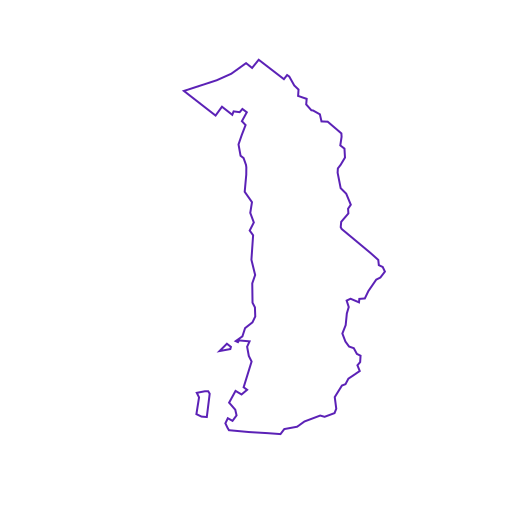 outline of Lafourche, Louisiana, United States of America, rotated 39°
{"feature_id": "52423323B36093874947415", "entity_name": "Lafourche", "entity_type": "district", "adm_level": 2, "iso_a3": "USA", "parent_name": "United States of America", "parent_adm1": "Louisiana", "projection": "robinson", "projection_center": [-90.415, 29.493], "detail": "fine", "context": "isolated", "style": "outline", "palette": "violet", "viewbox_px": 512, "rotation_deg": 39, "n_neighbors": 0, "source": "geoboundaries", "source_scale": "gbopen_adm2", "svg_char_len": 1842}
<svg xmlns="http://www.w3.org/2000/svg" viewBox="0 0 512 512"><g transform="rotate(39 256 256)"><path d="M134.6,101.8L134.6,112.3L126.9,112.4L122.1,129.9L114.9,144.1L96.1,173.1L136.2,172.3L135.6,161.4L148.7,161.2L147.6,157.7L152.8,154.5L152.9,150.3L158.4,150.1L160.2,160.1L165.5,160.8L168.8,171.0L172.2,180.3L180.9,187.8L184.7,187.7L190.9,191.5L192.7,193.2L197.3,199.0L206.8,213.2L219.0,216.7L224.4,226.1L233.2,231.3L235.1,240.2L240.7,241.7L254.8,261.8L267.3,271.3L270.3,279.6L282.7,294.5L287.5,296.6L293.5,303.5L295.0,309.8L292.9,318.9L296.0,327.0L293.8,334.9L296.2,334.3L295.9,332.3L302.3,328.0L304.7,326.4L306.2,332.1L313.3,338.2L319.0,340.8L329.0,365.8L333.3,365.6L331.9,372.7L325.0,373.7L327.4,386.9L336.6,388.5L341.2,392.1L341.5,398.9L336.2,399.8L337.5,405.3L341.9,407.4L344.6,408.4L361.4,397.2L376.6,386.3L387.1,379.0L386.9,372.7L395.4,362.8L397.8,354.1L406.3,339.6L410.5,337.8L415.9,328.7L414.5,324.2L406.0,316.1L404.3,302.6L406.2,299.3L405.0,293.2L409.0,280.1L403.6,277.1L403.7,272.9L400.0,267.7L396.0,268.6L390.0,266.1L385.3,267.8L379.3,266.2L371.9,261.9L369.2,253.3L362.7,243.4L360.2,237.3L354.5,233.6L356.4,229.7L365.2,227.2L363.3,224.3L367.3,220.5L365.4,212.5L364.3,198.7L366.2,194.5L366.0,187.0L361.4,184.8L357.2,185.8L353.5,182.1L343.1,181.6L305.6,181.1L303.7,180.3L300.7,175.8L301.0,164.8L297.8,161.3L297.4,156.5L286.9,150.8L279.1,150.0L267.0,139.9L264.5,136.4L264.4,131.9L263.2,123.5L257.2,116.9L251.9,117.0L247.5,109.5L245.2,107.0L227.2,106.5L222.2,110.2L216.5,105.7L208.8,107.0L207.3,107.9L199.6,106.6L196.5,102.0L188.0,105.1L184.3,99.9L178.4,99.4L168.9,95.6L166.3,95.8L166.4,101.0L134.6,101.8ZM296.1,399.6L300.7,401.7L309.2,416.4L314.7,415.1L319.1,412.1L306.7,392.2L304.0,391.2L301.3,393.4L296.1,399.6ZM288.6,342.5L287.5,352.8L294.6,344.5L293.7,342.4L288.6,342.5Z" fill="none" stroke="#5b21b6" stroke-width="2"/></g></svg>